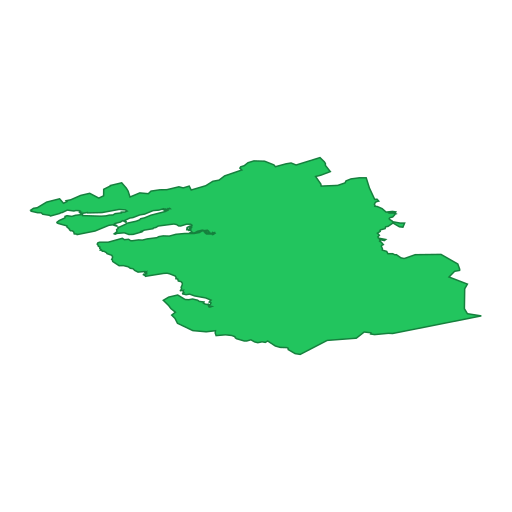 the district of Surnadal nor, Møre og Romsdal, Norway
{"feature_id": "86288312B76061639437413", "entity_name": "Surnadal nor", "entity_type": "district", "adm_level": 2, "iso_a3": "NOR", "parent_name": "Norway", "parent_adm1": "Møre og Romsdal", "projection": "equal_earth", "projection_center": [8.642, 62.923], "detail": "fine", "context": "isolated", "style": "filled", "palette": "green", "viewbox_px": 512, "rotation_deg": 0, "n_neighbors": 0, "source": "geoboundaries", "source_scale": "gbopen_adm2", "svg_char_len": 6052}
<svg xmlns="http://www.w3.org/2000/svg" viewBox="0 0 512 512"><path d="M30.7,210.2L31.8,211.0L31.5,211.3L37.5,212.7L41.3,212.8L42.7,214.2L49.4,215.3L50.5,216.0L59.9,213.4L60.5,212.8L62.1,212.6L67.3,210.1L73.9,211.0L75.9,210.5L80.0,210.7L79.5,210.9L80.1,211.1L79.5,211.9L80.5,212.1L79.9,212.4L80.3,212.4L80.0,212.8L81.0,213.5L88.1,212.4L87.2,212.9L101.9,212.6L119.2,209.4L125.4,209.9L127.1,211.1L124.7,212.1L121.3,212.1L121.4,212.9L115.2,213.6L112.9,215.0L109.3,215.1L105.9,215.9L101.2,216.2L81.9,215.6L82.8,215.5L82.5,214.5L75.4,215.3L71.9,216.4L67.0,215.7L65.0,216.4L65.0,217.7L64.3,218.2L59.2,220.5L56.9,222.3L57.2,223.0L58.4,223.5L66.9,225.9L66.9,226.9L69.4,229.0L69.4,229.6L70.5,230.7L72.4,230.8L73.8,232.0L74.2,233.9L76.8,234.1L77.1,234.6L95.1,231.0L108.9,225.3L112.7,224.8L116.5,226.1L116.8,225.8L116.2,225.3L113.8,224.5L114.9,223.5L120.4,222.1L122.8,220.6L125.8,222.2L126.1,221.6L124.6,220.5L129.9,218.0L132.9,217.6L139.8,214.9L144.6,214.1L153.1,210.6L158.9,210.1L163.0,208.9L162.9,209.3L164.2,209.1L163.7,209.6L164.1,210.1L164.6,209.6L165.9,209.7L165.0,210.4L165.9,209.9L166.0,209.6L169.6,208.3L170.1,208.7L168.3,208.9L165.9,210.2L167.3,210.3L167.7,209.3L168.1,210.1L165.3,211.5L150.9,215.2L144.4,217.9L140.7,218.7L139.6,219.9L136.2,221.2L126.6,223.3L125.7,224.2L119.4,227.1L117.9,227.2L118.2,228.4L116.6,229.6L117.0,231.6L114.2,233.8L115.1,234.2L117.0,233.4L124.3,232.8L128.9,234.5L133.1,234.4L141.8,231.9L142.1,231.7L141.3,231.3L144.4,230.1L153.0,228.7L153.4,228.0L155.8,227.5L158.3,226.0L173.9,224.0L176.7,224.6L178.6,225.9L180.6,226.0L186.5,224.2L190.7,224.2L192.0,225.2L192.0,225.8L189.8,226.1L187.1,227.5L187.0,228.2L187.8,227.2L190.7,226.6L191.0,226.9L190.3,227.0L190.3,227.6L190.5,227.4L190.8,227.6L190.3,227.7L190.6,228.2L189.8,228.3L189.6,228.9L190.8,229.1L190.8,228.4L190.9,229.1L191.4,229.1L188.3,229.7L188.2,229.2L187.5,228.6L188.1,229.6L187.2,229.7L187.0,228.6L186.7,230.2L187.0,229.8L190.3,229.5L190.4,230.3L188.1,230.5L190.5,230.3L192.1,232.2L190.9,232.5L191.9,233.0L194.8,232.8L197.2,231.4L197.9,231.7L196.4,232.6L197.8,232.4L198.8,231.6L197.4,231.3L202.3,230.1L204.5,230.6L207.4,230.2L208.5,231.0L208.9,232.1L209.5,232.2L210.3,232.7L209.0,232.1L209.3,232.6L208.9,232.2L208.3,232.8L208.7,232.3L208.2,232.2L207.8,230.7L205.9,231.0L206.2,231.9L205.6,231.6L205.4,232.1L207.2,233.1L212.2,233.7L213.3,232.9L212.3,232.5L212.0,232.1L213.5,232.9L214.7,232.5L214.9,233.1L213.7,233.3L214.2,233.5L212.9,233.9L213.3,234.4L212.5,234.6L212.4,234.0L206.5,234.0L205.9,233.5L208.0,233.9L205.9,233.5L204.6,231.4L202.5,230.7L199.6,232.3L200.1,232.4L194.2,233.5L184.5,233.5L175.9,234.3L169.3,236.1L163.2,235.9L158.9,236.6L156.8,237.7L147.2,238.9L142.4,240.1L138.6,239.9L131.9,240.8L130.4,240.6L128.6,239.3L124.4,239.7L122.3,238.3L108.2,242.2L99.6,242.2L97.9,242.8L97.2,244.1L98.5,245.9L98.4,246.3L99.9,247.1L99.8,248.5L101.1,249.6L100.7,249.8L100.5,250.1L101.4,250.1L102.3,251.2L104.1,251.3L106.5,252.7L107.0,253.6L111.8,255.3L112.6,257.0L112.4,257.8L113.0,258.1L112.4,258.0L112.0,258.8L111.5,258.7L112.0,259.1L111.7,259.4L112.5,260.2L112.7,261.5L119.1,265.7L123.4,265.6L128.3,266.8L130.3,268.3L133.0,268.7L134.7,270.4L138.0,272.1L144.9,271.5L144.9,272.0L145.9,271.8L145.2,272.5L146.3,272.8L146.6,272.4L146.7,273.8L143.7,274.2L143.4,274.7L145.4,275.7L145.5,276.3L163.7,273.4L167.2,273.2L169.9,273.9L175.2,276.0L176.1,277.4L175.9,278.7L177.7,279.0L178.3,281.0L181.2,281.7L182.3,283.1L182.2,285.0L181.1,287.3L181.6,288.3L180.9,290.1L179.9,290.8L183.3,290.3L182.9,290.9L183.9,292.6L182.6,293.2L182.7,293.9L186.1,294.7L189.6,294.1L194.5,295.9L205.6,297.9L211.0,300.1L209.2,302.0L211.0,302.8L210.2,304.8L210.9,305.0L210.0,304.8L209.0,306.3L210.0,307.0L211.6,306.3L211.9,306.4L209.9,307.1L208.9,306.8L208.5,305.6L209.3,304.9L209.4,304.2L209.1,304.8L208.6,304.2L207.4,304.3L208.1,304.6L205.2,304.1L203.4,303.2L204.0,302.0L199.3,301.4L197.6,300.2L192.6,299.0L188.7,299.7L185.1,299.5L177.7,295.0L168.7,297.1L163.3,300.3L168.7,305.6L170.9,308.6L175.4,312.2L171.7,315.1L175.0,318.4L177.5,323.3L192.8,330.6L206.2,331.8L215.5,330.7L215.2,333.0L216.1,335.6L225.5,334.8L231.8,335.5L234.9,336.7L235.2,337.7L236.5,338.7L244.3,341.0L246.7,341.0L250.9,339.8L254.6,341.9L257.8,342.7L262.1,341.8L265.3,342.4L267.7,341.0L275.3,346.0L280.2,347.4L286.9,347.6L288.2,348.3L288.2,349.6L295.1,353.6L300.2,354.4L327.2,340.4L356.3,338.2L364.2,332.0L370.9,332.8L371.2,333.4L370.8,334.0L374.6,334.6L388.4,333.3L392.6,333.5L481.3,315.9L467.4,313.7L464.4,308.7L464.7,288.8L467.4,284.1L449.0,277.0L454.6,271.3L459.6,270.4L459.7,269.3L457.8,264.0L441.0,254.4L415.2,254.7L404.7,258.4L403.4,258.4L400.9,257.8L396.4,254.7L394.8,254.8L392.7,253.7L387.9,253.7L386.7,251.4L382.3,250.1L382.4,248.6L381.3,246.2L381.8,245.3L383.3,244.6L381.2,242.1L379.7,241.3L380.4,240.4L379.0,239.4L384.3,240.6L385.7,239.5L378.4,238.1L377.9,236.8L379.4,235.3L377.4,233.2L380.2,231.4L379.9,230.7L380.4,229.9L385.1,228.6L385.6,226.8L388.0,226.4L393.0,223.0L399.4,226.8L402.9,227.2L404.6,223.1L400.3,223.1L392.5,221.7L392.2,221.0L389.5,219.4L389.2,218.5L389.9,217.7L392.7,217.0L394.7,214.8L394.7,214.2L395.9,213.8L394.5,213.0L389.1,213.1L388.5,212.7L392.5,212.2L395.3,212.8L395.8,211.9L392.4,211.4L386.1,212.1L382.1,208.6L377.2,206.5L374.8,206.3L375.0,205.5L374.4,204.3L375.1,202.8L376.3,201.7L378.7,201.1L377.0,199.2L374.7,199.4L369.4,188.0L366.2,177.8L359.5,177.8L351.0,178.9L346.0,180.9L345.0,182.9L337.7,185.4L321.2,186.1L320.8,184.0L315.6,176.5L320.8,175.2L330.3,171.6L325.4,165.4L325.4,163.5L324.3,161.8L320.0,157.6L296.1,165.0L291.1,163.0L286.1,163.8L275.4,166.7L273.9,164.9L264.6,161.2L253.9,160.9L248.0,162.7L244.2,165.7L240.7,166.8L239.9,168.1L241.8,170.0L224.6,175.9L219.1,180.1L212.8,181.3L205.8,185.7L191.2,190.0L189.2,186.1L183.2,187.9L178.9,186.8L166.8,189.7L159.8,189.8L151.0,191.1L148.3,193.7L139.8,192.9L130.0,197.0L128.1,191.1L126.3,188.1L121.7,182.8L110.4,185.5L110.5,185.9L103.7,189.3L103.6,195.8L98.8,198.1L89.7,193.3L80.7,195.4L70.7,199.8L66.1,200.7L66.9,201.6L63.5,203.3L59.6,198.8L46.6,202.1L37.3,207.7L33.5,208.3L30.7,210.2Z" fill="#22c55e" stroke="#15803d" stroke-width="1.5"/></svg>